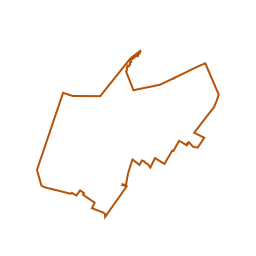 outline of Vanegas, San Luis Potosí, Mexico, rotated 24°
{"feature_id": "50627088B68070398631326", "entity_name": "Vanegas", "entity_type": "district", "adm_level": 2, "iso_a3": "MEX", "parent_name": "Mexico", "parent_adm1": "San Luis Potosí", "projection": "mercator", "projection_center": [-100.935, 24.137], "detail": "fine", "context": "isolated", "style": "outline", "palette": "amber", "viewbox_px": 256, "rotation_deg": 24, "n_neighbors": 0, "source": "geoboundaries", "source_scale": "gbopen_adm2", "svg_char_len": 3512}
<svg xmlns="http://www.w3.org/2000/svg" viewBox="0 0 256 256"><g transform="rotate(24 128 128)"><path d="M165.0,45.4L164.9,45.5L159.7,51.8L157.9,54.0L149.2,64.2L149.7,64.1L149.4,64.5L148.9,64.9L147.2,66.6L139.8,75.3L139.7,75.4L139.6,75.5L135.2,78.6L133.5,79.9L133.4,79.9L133.0,80.2L132.5,80.6L129.7,82.6L129.4,82.8L127.8,83.9L126.8,84.7L126.6,84.8L124.1,86.6L123.9,86.8L123.3,87.2L122.9,87.4L122.9,87.5L122.5,87.7L122.4,87.8L122.2,88.0L120.9,88.9L120.2,89.3L119.9,89.6L117.7,91.3L103.4,77.3L103.5,76.9L103.6,76.5L103.3,76.2L103.4,75.9L103.3,75.6L103.4,75.1L103.3,74.8L103.0,74.5L102.6,74.1L102.5,73.8L102.6,73.2L102.4,73.0L102.5,72.6L102.5,72.3L102.4,71.9L102.3,71.6L102.5,71.7L102.8,71.6L103.0,71.6L103.3,71.6L103.5,71.5L103.5,71.3L103.6,71.2L103.6,70.9L103.6,70.7L103.7,70.4L103.8,70.2L103.8,69.9L103.9,69.7L104.0,69.5L104.0,69.4L104.1,69.2L104.1,68.9L103.9,68.8L103.7,68.9L103.7,68.7L103.6,68.3L103.6,68.2L103.5,67.9L103.4,67.8L103.4,67.7L103.4,67.3L103.5,67.1L103.6,66.9L103.8,66.7L103.7,66.6L103.3,66.6L103.2,66.6L103.2,66.4L103.2,66.1L103.1,65.9L103.4,65.9L103.2,65.7L102.9,65.4L102.8,65.1L102.7,65.0L102.7,64.9L102.6,64.7L102.9,64.7L103.1,64.7L103.2,64.4L102.9,64.1L103.5,63.8L103.5,63.7L103.6,63.4L103.8,63.2L104.6,62.2L104.5,61.8L104.2,61.5L104.4,61.5L104.6,61.4L104.9,61.3L104.9,61.2L105.0,61.1L105.0,60.9L105.1,60.7L105.0,60.4L105.0,60.2L105.0,59.9L105.5,59.8L105.4,59.6L105.4,59.4L105.4,59.2L105.5,59.0L106.1,59.0L106.3,58.8L106.5,58.5L106.3,58.5L106.4,58.4L106.5,58.2L107.7,58.4L107.7,57.8L107.8,57.7L107.6,57.5L107.4,57.2L107.3,56.9L107.2,56.3L107.3,56.3L107.7,56.3L107.9,55.8L108.0,55.5L108.0,55.2L108.1,54.8L108.1,54.7L108.3,54.4L108.4,54.2L108.4,53.9L108.3,53.7L108.3,53.4L108.3,53.2L108.2,53.1L108.1,52.9L108.0,52.7L107.9,52.6L105.8,56.2L105.2,57.4L103.3,60.8L102.6,62.1L102.2,62.8L102.0,63.2L99.3,73.3L98.6,75.9L98.6,76.2L98.0,78.4L97.4,80.7L96.9,82.6L95.5,87.8L95.1,89.5L93.7,94.6L89.7,110.2L88.5,110.7L84.9,112.3L66.4,120.4L64.5,121.2L54.4,122.3L55.2,131.3L55.3,132.3L56.1,140.9L56.7,147.2L56.9,149.8L57.0,151.1L57.9,160.3L58.4,165.7L59.3,175.3L60.1,183.9L60.5,188.2L60.9,193.4L61.3,196.9L61.3,197.0L61.9,203.3L64.3,206.2L72.3,215.8L75.6,216.1L102.3,211.4L102.5,211.2L102.6,210.9L102.7,210.7L103.0,210.1L108.3,210.7L109.6,204.5L114.3,205.4L114.0,207.2L118.5,208.1L127.9,209.8L127.7,213.9L127.7,215.9L129.9,215.8L133.1,215.7L139.6,215.3L141.9,215.9L143.3,218.5L143.5,217.4L144.4,212.7L145.5,207.0L146.3,202.9L147.6,196.7L148.5,192.4L148.8,190.4L149.9,184.9L150.5,181.8L146.2,182.4L146.3,182.2L146.3,181.9L146.3,181.7L146.2,181.6L149.4,181.0L147.7,174.6L146.5,169.1L145.8,163.4L145.3,159.2L144.9,154.9L153.5,157.1L153.9,152.0L154.1,152.0L154.3,152.0L154.5,152.0L154.9,152.2L155.0,152.2L155.3,152.1L155.8,151.9L156.3,151.9L157.9,152.6L158.4,152.9L158.5,152.9L159.2,152.9L159.6,152.9L160.1,152.9L160.5,153.1L161.2,153.1L161.5,153.1L161.9,153.4L162.2,153.7L162.6,154.0L162.8,154.1L163.5,154.1L163.5,154.3L163.5,154.5L163.9,154.8L164.2,155.0L164.5,155.1L164.9,144.5L175.9,146.0L177.6,130.7L178.8,130.6L179.7,120.9L179.9,119.0L182.6,119.1L187.2,119.8L187.5,119.8L188.3,119.6L188.7,119.9L188.8,119.5L188.4,119.4L188.3,118.6L188.9,118.6L189.0,117.8L189.2,117.6L189.1,117.3L189.1,117.2L188.9,117.1L189.0,116.9L189.1,117.0L189.1,116.9L189.1,116.4L189.7,116.3L195.0,118.7L197.1,118.2L199.6,117.6L200.6,112.0L201.6,106.1L201.6,105.9L194.4,105.6L190.4,105.4L194.7,87.4L198.1,74.0L198.0,67.8L197.3,60.6L188.3,52.3L178.3,43.0L172.2,37.5L165.0,45.4Z" fill="none" stroke="#b45309" stroke-width="2"/></g></svg>